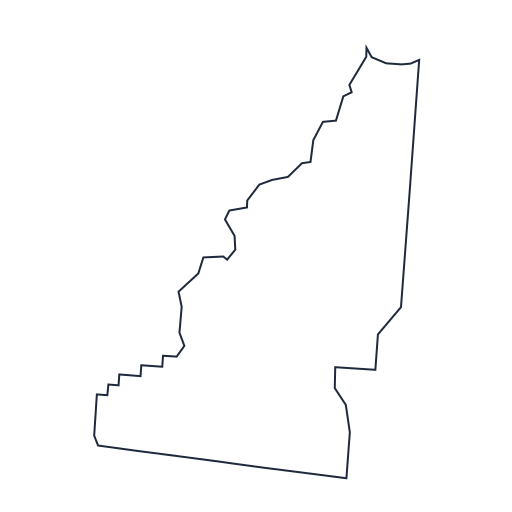 the district of Jefferson, Florida, United States of America, rotated 184°
{"feature_id": "52423323B23187437311114", "entity_name": "Jefferson", "entity_type": "district", "adm_level": 2, "iso_a3": "USA", "parent_name": "United States of America", "parent_adm1": "Florida", "projection": "mercator", "projection_center": [-83.844, 30.378], "detail": "fine", "context": "isolated", "style": "outline", "palette": "slate", "viewbox_px": 512, "rotation_deg": 184, "n_neighbors": 0, "source": "geoboundaries", "source_scale": "gbopen_adm2", "svg_char_len": 897}
<svg xmlns="http://www.w3.org/2000/svg" viewBox="0 0 512 512"><g transform="rotate(184 256 256)"><path d="M150.3,40.6L150.1,86.7L156.0,113.7L168.2,129.7L169.2,150.6L129.0,150.8L128.9,186.3L107.8,215.1L107.2,332.7L106.9,463.0L115.2,458.7L124.2,457.3L139.6,457.3L154.5,462.4L160.3,471.4L159.9,462.4L174.8,433.2L172.0,426.0L180.0,421.4L185.7,396.6L198.6,394.5L206.9,375.6L208.2,353.6L216.6,351.8L229.7,337.1L245.3,333.0L257.6,327.5L268.6,310.8L268.4,303.8L285.8,299.5L289.5,290.3L278.8,274.6L277.1,260.9L284.5,250.4L288.7,253.2L308.4,250.9L312.3,234.6L330.8,215.0L326.6,200.2L327.0,174.1L321.2,161.4L328.1,150.1L341.8,150.0L341.8,139.0L362.8,139.0L362.8,128.1L384.1,128.3L384.1,117.4L394.3,117.5L394.6,106.8L405.1,106.8L404.9,65.5L400.3,55.9L360.9,53.3L359.2,53.2L316.9,50.7L274.6,48.1L268.1,47.6L246.4,46.2L231.0,45.2L230.6,45.2L150.3,40.6Z" fill="none" stroke="#1e293b" stroke-width="2"/></g></svg>